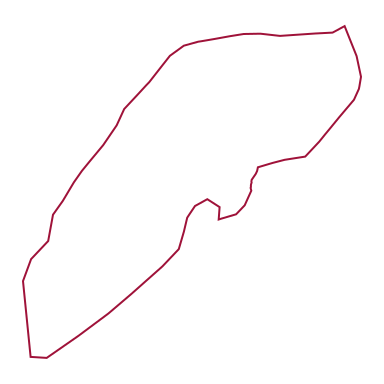 the district of Kolokuma/Opokuma, Bayelsa, Nigeria
{"feature_id": "59680162B30593466404451", "entity_name": "Kolokuma/Opokuma", "entity_type": "district", "adm_level": 2, "iso_a3": "NGA", "parent_name": "Nigeria", "parent_adm1": "Bayelsa", "projection": "orthographic", "projection_center": [6.286, 5.067], "detail": "fine", "context": "isolated", "style": "outline", "palette": "rose", "viewbox_px": 384, "rotation_deg": 0, "n_neighbors": 0, "source": "geoboundaries", "source_scale": "gbopen_adm2", "svg_char_len": 1027}
<svg xmlns="http://www.w3.org/2000/svg" viewBox="0 0 384 384"><path d="M30.6,356.9L46.7,357.9L78.2,336.0L108.4,313.5L131.5,293.8L145.7,281.2L162.4,266.4L178.8,249.1L183.9,231.6L187.2,217.7L189.5,214.2L195.0,206.0L207.3,199.2L219.6,207.1L218.7,219.5L220.8,218.8L236.1,214.3L244.7,205.3L251.3,190.7L250.6,187.9L250.9,187.1L250.9,185.5L251.0,184.6L251.2,183.8L251.6,182.5L251.4,181.3L251.7,179.8L255.8,173.8L257.1,171.0L257.5,169.2L257.9,167.3L269.3,163.9L273.1,162.8L284.3,159.9L284.7,159.8L305.2,156.6L305.5,156.3L319.2,141.7L325.5,133.9L329.0,129.7L339.3,117.1L353.6,100.2L354.0,99.7L358.9,88.9L359.4,86.4L361.0,76.8L356.6,56.1L344.6,26.1L332.6,32.6L315.2,33.5L284.3,35.6L280.0,35.9L260.4,33.7L243.7,34.0L229.9,36.2L214.4,39.0L207.4,40.2L200.9,41.3L198.2,41.7L183.8,45.7L169.9,55.8L161.4,66.6L149.2,82.2L146.3,85.2L137.0,95.3L124.2,109.0L116.7,125.3L103.2,145.1L89.5,161.6L85.5,166.5L81.9,170.9L73.9,182.3L62.8,200.9L53.0,214.7L48.2,241.0L31.1,259.1L23.0,281.1L30.6,356.9Z" fill="none" stroke="#9f1239" stroke-width="2"/></svg>